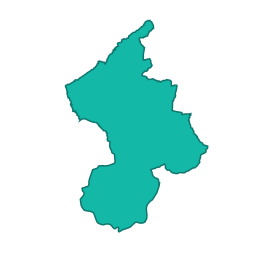 San Kamphaeng, Chiang Mai, Thailand (Mercator projection), rotated 71°
{"feature_id": "78962969B510948306110", "entity_name": "San Kamphaeng", "entity_type": "district", "adm_level": 2, "iso_a3": "THA", "parent_name": "Thailand", "parent_adm1": "Chiang Mai", "projection": "mercator", "projection_center": [99.128, 18.733], "detail": "fine", "context": "isolated", "style": "filled", "palette": "teal", "viewbox_px": 256, "rotation_deg": 71, "n_neighbors": 0, "source": "geoboundaries", "source_scale": "gbopen_adm2", "svg_char_len": 5672}
<svg xmlns="http://www.w3.org/2000/svg" viewBox="0 0 256 256"><g transform="rotate(71 128 128)"><path d="M189.0,197.0L191.4,196.1L192.0,195.5L194.9,190.2L196.7,188.4L197.9,188.1L205.1,188.0L207.3,187.7L208.3,187.1L210.0,185.3L211.1,183.6L211.6,182.2L211.6,179.9L212.6,177.3L213.4,176.3L214.2,175.8L215.0,175.3L217.5,174.5L218.8,173.6L219.0,172.6L218.4,170.3L218.8,169.5L219.7,169.3L222.0,170.6L223.1,170.5L223.2,169.7L222.5,166.5L222.5,159.5L222.3,157.9L220.7,154.5L219.6,151.7L219.6,151.1L219.7,150.4L221.6,148.1L222.6,145.2L222.5,143.3L222.2,142.3L221.3,141.7L220.8,140.8L220.0,140.0L216.7,138.5L211.8,137.4L208.8,136.3L207.0,134.9L205.5,132.8L204.5,130.8L203.8,128.3L198.5,121.7L192.4,117.1L191.6,116.9L191.3,117.4L190.8,117.2L190.2,115.9L188.9,116.5L186.9,116.1L185.8,116.3L185.4,116.6L184.2,118.4L182.9,119.3L181.4,119.9L180.0,120.1L177.1,119.7L175.0,120.2L174.7,118.2L175.0,116.1L174.6,113.0L175.2,110.9L174.2,108.9L174.4,107.3L173.8,105.2L175.8,104.9L177.9,105.6L179.7,105.1L180.9,104.1L181.1,102.6L181.4,102.3L183.3,101.7L185.0,100.3L186.9,97.0L187.1,96.0L186.9,93.6L188.4,90.4L188.7,88.7L187.9,86.8L188.2,85.4L188.2,84.5L187.4,82.6L187.4,81.0L186.8,79.8L187.3,78.5L187.3,77.4L186.1,74.5L185.4,73.9L184.6,72.4L183.6,71.2L182.3,71.3L179.6,69.2L177.3,68.1L176.9,67.4L176.6,64.0L176.0,62.1L174.1,61.5L173.0,59.4L171.1,58.5L168.4,62.4L166.7,62.4L165.1,63.9L164.1,64.5L161.7,64.9L160.9,65.3L159.6,65.4L159.2,65.8L158.5,65.3L157.1,66.1L156.0,66.4L155.1,67.2L154.1,67.5L153.0,67.0L152.1,66.9L151.0,67.4L149.2,67.2L148.3,68.5L145.6,68.0L144.1,68.3L141.5,67.8L141.3,68.2L140.8,68.4L138.3,66.7L138.2,66.2L136.2,65.5L136.4,64.6L134.8,63.9L134.6,66.1L133.5,68.9L132.8,72.6L131.5,72.0L130.5,72.7L128.3,77.0L125.9,80.6L123.3,79.4L116.9,77.0L117.2,76.2L114.9,74.9L114.6,74.5L114.7,73.9L113.5,72.8L112.5,72.4L112.0,72.6L110.9,71.9L110.3,71.9L108.4,70.3L104.9,68.4L103.6,67.9L103.2,68.5L102.6,70.0L102.8,71.8L102.4,73.3L100.7,72.7L100.1,72.7L98.4,71.9L97.0,72.4L96.2,73.3L94.8,75.9L95.3,77.1L94.5,79.3L95.2,82.1L95.0,82.4L94.6,82.3L93.9,82.9L94.1,84.4L93.2,84.4L92.8,84.8L92.4,85.8L91.5,86.5L90.9,87.7L89.9,87.9L89.7,88.2L89.5,88.7L89.4,90.6L88.8,92.8L88.0,93.1L87.0,94.1L86.0,93.6L85.7,94.3L85.4,94.3L84.1,95.8L83.7,97.0L83.0,97.6L81.6,96.8L80.8,96.1L80.5,95.6L80.4,94.7L79.7,93.9L79.6,93.6L80.4,92.5L80.1,91.8L80.2,91.3L79.9,91.1L79.9,90.7L78.5,90.1L78.7,89.3L77.9,88.1L78.3,87.2L77.8,86.8L77.8,86.3L77.0,85.1L76.3,84.9L73.8,85.2L71.9,84.6L69.5,85.0L69.5,86.3L69.2,87.0L69.3,88.2L69.1,88.7L69.3,90.7L69.1,91.0L68.5,90.7L68.1,91.3L66.7,90.7L66.3,90.7L65.7,90.3L63.7,89.7L57.4,86.3L57.2,86.8L56.2,86.7L52.9,88.5L50.4,88.4L50.3,88.8L50.0,88.9L49.6,88.4L47.2,88.4L46.6,86.8L47.7,84.2L47.6,83.7L47.1,83.3L47.4,82.6L47.1,82.1L47.3,81.5L47.1,80.8L47.3,79.5L46.5,79.5L46.5,79.1L45.8,78.4L44.8,77.4L44.3,77.3L44.1,76.9L44.1,76.5L43.5,76.4L43.5,74.4L43.0,73.9L42.3,72.3L42.0,72.3L42.1,71.4L41.2,71.3L40.0,70.7L36.9,70.9L35.3,71.2L34.1,72.2L33.4,72.3L33.3,73.4L32.8,74.3L33.2,75.3L33.1,75.9L33.4,77.1L34.4,78.1L35.1,79.2L36.0,79.5L36.0,80.2L36.6,80.8L36.7,82.4L37.4,83.0L37.5,84.1L38.3,85.3L38.5,86.2L39.0,86.7L38.6,87.8L38.7,88.2L39.7,90.1L39.4,92.3L40.0,93.3L40.1,94.2L41.1,96.3L41.1,97.1L41.4,97.5L42.7,97.9L43.0,98.2L42.8,99.7L43.4,101.3L43.1,102.0L42.3,102.6L42.5,104.5L42.8,105.4L44.1,105.6L44.4,106.0L44.8,107.5L44.4,108.6L44.4,109.9L44.7,110.4L46.5,110.6L47.0,110.3L47.4,110.4L47.5,111.4L47.7,112.0L47.4,112.5L47.7,113.2L48.3,113.7L48.2,114.3L48.7,114.7L49.7,114.1L50.1,114.5L50.0,115.2L49.2,115.8L49.1,116.2L49.7,116.7L50.9,116.9L51.2,118.1L52.2,118.2L52.4,118.6L52.4,120.6L53.8,122.9L56.1,124.8L56.3,125.5L58.3,126.4L58.4,127.2L59.8,128.3L59.9,128.9L59.7,129.2L58.0,129.2L57.5,130.7L56.6,131.3L56.3,132.3L55.3,133.3L55.3,133.6L55.7,134.8L56.2,134.9L56.9,134.5L57.2,134.8L57.5,136.4L58.6,136.9L59.4,138.6L60.1,139.4L60.3,140.8L61.2,141.6L61.1,143.5L61.8,145.1L62.6,148.8L63.3,150.1L63.4,151.5L64.1,152.8L64.1,153.9L64.6,154.8L64.9,156.9L65.7,158.9L66.3,159.6L65.4,162.1L65.5,162.5L66.5,163.1L66.1,164.1L66.8,164.9L66.9,166.2L67.2,166.9L67.1,167.8L67.8,169.0L67.1,170.6L67.6,171.8L67.4,172.9L67.8,173.4L69.4,173.5L69.7,173.3L73.8,173.7L74.5,173.3L74.8,173.6L74.9,174.1L75.3,174.4L77.6,174.5L78.2,174.7L78.5,174.5L80.1,174.8L80.5,173.7L82.9,173.9L85.0,173.0L85.8,173.6L86.0,173.6L86.1,174.0L86.8,174.6L87.3,174.2L87.7,174.3L87.9,173.8L88.4,174.6L88.7,174.3L89.9,174.3L91.7,173.9L92.1,174.2L92.6,174.1L93.2,174.3L93.7,174.0L93.9,174.6L94.3,174.7L94.7,173.3L95.0,172.7L94.8,172.4L95.1,172.0L95.9,172.0L96.1,172.7L97.0,172.1L96.9,171.6L97.3,171.5L97.5,171.7L98.4,171.5L98.9,171.9L99.0,171.4L99.8,171.6L100.3,171.0L100.8,170.8L100.9,171.0L101.5,170.8L102.8,171.1L103.0,171.4L104.7,170.7L105.1,170.8L105.3,171.0L105.1,170.3L104.4,170.1L104.7,167.7L105.3,165.6L110.0,160.7L110.0,160.3L110.9,159.3L111.2,158.9L111.0,158.6L112.2,157.0L112.5,156.2L113.6,155.4L113.8,155.5L114.0,155.0L115.1,155.1L115.6,154.6L116.3,154.9L116.8,154.6L116.8,154.4L117.5,154.3L117.7,153.8L118.3,153.8L118.7,153.4L119.1,153.5L119.9,153.0L122.3,152.1L122.2,151.9L122.7,151.5L123.1,150.7L123.9,150.1L124.4,149.9L125.2,150.1L125.4,149.6L126.5,149.8L127.0,149.5L127.9,150.3L130.6,150.3L131.8,151.3L133.4,151.5L135.2,149.5L138.9,151.2L140.9,151.4L143.7,151.0L145.9,151.2L146.3,151.1L148.3,149.5L149.3,149.5L155.0,151.0L156.4,151.6L156.9,152.3L157.2,157.4L157.0,159.3L156.4,162.1L155.4,164.2L154.4,167.7L154.4,168.3L155.3,169.1L155.8,169.9L156.0,170.7L155.9,174.9L164.2,181.4L166.7,182.7L168.7,183.3L169.9,184.5L170.2,185.6L169.9,187.3L170.2,188.4L169.9,190.7L170.3,191.1L172.7,191.5L174.5,190.6L176.4,191.1L177.0,191.7L179.9,196.3L186.0,197.5L189.0,197.0Z" fill="#14b8a6" stroke="#0f766e" stroke-width="1.5"/></g></svg>